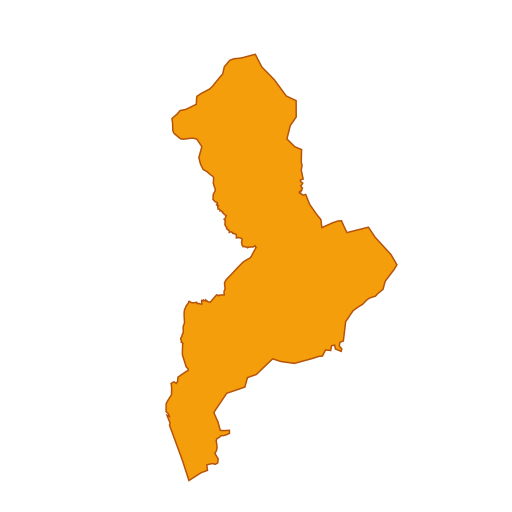 Ifo, Ogun, Nigeria (Albers equal-area conic projection), rotated 73°
{"feature_id": "59680162B2266540401620", "entity_name": "Ifo", "entity_type": "district", "adm_level": 2, "iso_a3": "NGA", "parent_name": "Nigeria", "parent_adm1": "Ogun", "projection": "albers", "projection_center": [3.248, 6.772], "detail": "fine", "context": "isolated", "style": "filled", "palette": "amber", "viewbox_px": 512, "rotation_deg": 73, "n_neighbors": 0, "source": "geoboundaries", "source_scale": "gbopen_adm2", "svg_char_len": 5959}
<svg xmlns="http://www.w3.org/2000/svg" viewBox="0 0 512 512"><g transform="rotate(73 256 256)"><path d="M86.0,265.7L86.9,266.3L93.5,268.8L95.3,280.5L94.7,286.1L97.1,289.7L100.0,296.2L104.8,297.0L111.8,298.9L114.9,298.5L121.9,293.9L123.1,291.2L124.6,282.4L126.8,278.5L135.6,275.8L145.2,281.9L152.0,282.2L157.9,281.2L160.8,278.3L162.9,277.1L165.3,275.5L167.0,274.1L168.6,273.6L170.6,274.3L171.2,274.6L172.1,274.8L173.0,275.2L173.5,275.5L174.1,275.6L175.2,275.5L175.6,275.6L176.3,275.6L176.8,275.6L177.6,275.6L178.3,275.5L179.3,275.5L180.0,275.6L180.7,275.6L181.4,275.8L181.9,276.0L182.2,276.5L182.4,276.8L182.9,277.2L183.2,277.5L183.9,278.2L184.2,278.6L184.6,278.8L185.2,279.0L185.4,279.1L185.8,279.3L186.2,279.5L186.4,279.6L186.8,279.7L187.3,279.8L187.6,280.0L187.8,280.0L188.5,280.1L188.7,280.3L189.3,280.6L189.5,280.4L189.9,280.3L190.2,280.2L190.5,280.0L191.2,279.6L191.6,279.4L192.0,279.3L192.3,279.0L192.6,278.7L192.8,278.4L192.9,278.1L193.0,277.9L193.3,277.7L193.5,277.5L193.8,277.6L194.0,277.7L194.6,277.5L195.0,278.2L195.5,278.8L196.1,278.4L195.9,278.0L196.1,277.8L196.5,277.6L197.2,277.3L197.3,277.5L197.6,278.0L197.8,278.3L198.0,278.3L198.6,278.3L199.2,278.4L199.7,278.6L200.0,278.6L200.2,277.8L200.3,277.7L200.6,277.5L201.0,277.4L201.3,277.1L201.8,276.7L202.2,277.0L202.2,276.9L202.3,276.7L202.5,276.4L202.9,275.9L203.2,275.5L203.5,275.3L203.7,275.2L203.9,275.1L204.2,275.0L204.3,275.4L204.7,275.3L205.7,274.8L206.5,274.3L206.7,274.1L206.9,274.1L207.3,273.9L207.6,273.6L208.8,272.6L209.4,273.2L210.7,274.3L211.0,274.5L211.4,274.7L211.4,274.8L211.5,275.1L211.6,275.4L211.6,275.7L212.0,275.5L212.1,275.4L212.7,275.2L212.8,275.2L212.8,275.3L213.5,275.3L214.0,275.4L214.6,275.6L215.4,276.0L216.2,276.3L216.5,276.4L216.8,276.5L217.0,276.5L217.0,276.4L217.3,276.3L217.7,276.4L218.6,276.3L219.5,276.0L220.0,275.7L220.4,275.8L221.1,276.1L221.4,276.0L221.9,275.8L222.4,275.5L222.6,275.3L222.8,275.1L222.8,274.9L222.8,274.7L223.1,274.5L223.4,274.5L224.3,274.4L224.6,274.4L225.4,274.5L225.6,274.6L225.6,274.3L225.5,273.7L225.5,273.4L225.5,273.1L225.6,272.8L226.6,271.8L226.9,271.5L227.2,271.2L227.3,271.2L227.5,271.4L227.6,271.5L228.0,271.1L228.3,270.5L228.7,269.6L228.8,269.5L228.9,269.4L229.0,269.2L229.2,268.8L229.3,268.8L229.6,268.8L229.9,268.8L230.9,268.9L231.5,268.9L232.3,269.0L232.3,269.3L232.8,269.3L233.0,269.4L233.1,268.3L233.2,267.9L233.4,267.5L233.6,266.7L233.9,266.2L234.2,265.7L234.4,265.4L235.4,264.5L235.5,264.4L236.6,264.8L237.1,265.0L237.5,265.1L237.8,265.4L238.1,265.5L238.5,265.8L238.9,265.9L239.2,265.9L239.5,265.9L240.3,265.9L240.7,266.0L241.1,266.1L241.4,266.2L241.6,266.2L241.9,266.1L242.7,265.6L243.1,265.5L243.3,265.6L243.5,264.7L244.0,263.6L245.2,261.9L245.7,261.6L245.3,260.6L246.5,256.0L246.4,255.5L245.9,254.0L246.5,253.9L246.8,253.7L247.0,253.7L247.5,253.7L247.8,253.4L249.5,255.1L251.4,257.1L252.1,257.8L253.9,259.5L254.8,260.4L255.5,261.4L256.2,262.6L256.7,265.0L257.1,266.9L257.6,268.5L258.0,270.0L258.4,270.7L259.0,271.9L259.6,273.0L260.6,274.8L261.2,276.0L262.4,278.1L262.6,278.4L263.6,280.1L263.9,280.8L264.5,281.7L266.9,285.9L267.6,287.2L268.6,289.1L269.4,290.5L270.1,291.7L270.4,291.8L271.0,292.6L271.7,293.3L272.2,293.8L272.6,294.0L273.3,294.1L274.1,294.4L275.5,294.6L277.8,295.0L278.4,295.3L278.9,295.6L280.1,296.6L280.6,296.9L281.8,297.3L282.5,297.5L283.9,297.7L283.8,298.3L283.6,299.2L283.3,300.0L283.0,301.2L282.9,301.9L282.7,302.3L282.6,302.7L282.9,303.1L283.1,303.3L282.9,303.4L282.7,303.7L282.5,303.9L282.4,304.1L282.1,304.4L281.9,304.6L281.6,305.0L282.8,306.9L285.4,311.0L286.9,313.4L286.7,313.6L286.4,313.9L286.2,314.7L285.9,315.2L284.6,315.9L284.6,316.8L283.2,316.9L283.4,317.3L283.9,317.8L282.8,319.0L283.4,319.5L282.5,320.6L282.6,321.0L283.3,321.2L286.2,321.9L286.2,322.4L284.9,324.2L284.3,326.2L283.0,326.1L282.7,328.2L282.5,329.1L282.0,331.0L280.9,332.2L280.3,332.6L279.8,333.1L279.9,333.6L281.2,334.4L281.9,335.4L283.2,337.2L286.6,340.1L286.9,340.3L290.0,341.6L291.5,342.0L292.1,342.2L299.0,343.9L302.4,346.4L303.4,346.6L308.0,348.0L309.3,349.3L311.5,350.7L311.7,351.0L312.3,351.6L312.9,352.2L313.4,352.3L315.6,352.2L316.5,352.7L316.9,352.1L317.6,351.8L318.2,351.4L318.5,351.8L323.1,353.4L328.9,355.3L331.1,355.3L337.1,355.2L340.0,355.2L341.5,355.2L344.2,353.9L345.6,354.4L345.8,355.7L347.1,360.0L348.7,364.9L348.9,365.8L349.3,366.1L351.4,367.0L353.1,367.7L354.5,369.6L352.6,370.9L352.4,372.7L352.9,373.4L353.2,374.6L354.8,374.6L355.8,374.9L358.5,375.5L364.0,377.4L364.4,377.9L368.0,382.1L370.8,385.0L372.9,385.7L378.5,387.5L380.9,386.1L384.0,385.7L382.3,387.7L390.7,387.0L392.5,388.2L430.6,386.1L451.1,385.8L447.2,371.9L446.8,365.1L441.3,364.1L441.7,358.4L443.3,355.9L442.7,353.1L439.0,351.5L432.7,353.0L430.6,350.7L427.7,349.2L423.5,348.4L421.2,348.2L419.4,347.0L418.6,343.9L417.6,342.1L418.3,339.4L418.3,336.7L417.8,333.2L414.9,332.4L413.7,337.4L412.4,341.1L403.6,340.9L398.1,341.6L393.4,342.1L391.0,339.3L378.7,324.1L378.1,305.0L369.8,299.7L369.4,290.3L359.2,270.2L364.2,263.0L369.9,250.8L370.5,232.6L370.4,224.9L371.1,221.7L366.2,217.0L368.2,212.2L363.9,210.0L364.2,206.9L368.1,207.3L372.1,202.4L369.9,201.1L366.4,202.7L363.0,200.9L362.8,197.3L344.9,189.4L343.6,187.6L339.4,182.6L336.7,179.1L334.8,173.8L333.3,168.0L330.6,163.3L329.4,159.8L329.3,153.5L327.4,150.2L325.0,144.3L318.0,139.9L315.4,136.4L309.4,128.0L305.6,123.8L294.1,126.5L272.9,136.6L261.3,140.1L260.2,162.2L254.1,163.1L248.7,163.8L247.3,163.9L246.5,167.1L246.6,172.9L248.1,184.7L240.1,183.3L233.5,186.0L222.3,189.6L211.7,190.5L211.6,193.1L208.2,196.1L207.2,195.5L207.7,194.2L206.3,193.6L206.5,193.0L205.3,192.4L204.6,191.7L203.4,192.4L202.1,192.8L201.2,191.3L200.0,190.0L197.5,191.7L196.2,191.2L196.2,188.4L187.0,187.6L182.9,185.5L179.2,185.2L167.6,181.3L162.8,187.0L153.1,192.2L141.3,185.1L134.8,176.9L119.2,172.2L111.8,180.3L92.7,187.0L76.9,195.2L62.9,197.7L62.3,212.7L60.9,219.5L61.2,223.9L65.7,230.9L72.1,234.6L78.8,244.9L81.1,248.1L82.8,251.8L84.5,260.8L86.0,265.7Z" fill="#f59e0b" stroke="#b45309" stroke-width="1.5"/></g></svg>